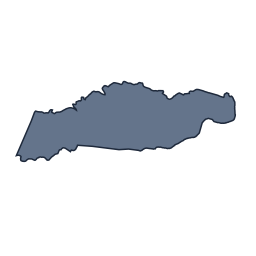 Santo Domingo, Heredia, Costa Rica, rotated 196°
{"feature_id": "36466004B42528660936066", "entity_name": "Santo Domingo", "entity_type": "district", "adm_level": 2, "iso_a3": "CRI", "parent_name": "Costa Rica", "parent_adm1": "Heredia", "projection": "orthographic", "projection_center": [-84.061, 9.988], "detail": "fine", "context": "isolated", "style": "filled", "palette": "slate", "viewbox_px": 256, "rotation_deg": 196, "n_neighbors": 0, "source": "geoboundaries", "source_scale": "gbopen_adm2", "svg_char_len": 5793}
<svg xmlns="http://www.w3.org/2000/svg" viewBox="0 0 256 256"><g transform="rotate(196 128 128)"><path d="M227.7,70.7L226.9,71.2L225.7,71.7L224.7,71.7L223.5,71.4L223.0,71.0L222.9,70.6L222.9,69.3L222.7,68.7L222.4,67.9L222.0,67.3L221.6,67.1L220.2,67.0L218.5,67.3L217.5,67.8L217.0,68.3L216.4,69.5L215.0,71.0L213.5,71.3L213.0,71.5L212.0,71.7L210.6,71.5L209.4,71.3L208.6,71.3L208.2,71.6L208.1,71.8L207.6,72.5L207.2,73.6L206.9,74.1L206.2,74.6L205.7,74.8L205.7,75.1L205.5,75.3L204.4,76.0L202.8,76.1L202.0,76.5L201.2,76.6L200.7,76.7L199.6,76.4L198.3,75.7L197.8,75.3L196.9,75.1L196.9,74.9L196.4,74.9L195.8,75.1L195.1,75.6L194.9,75.8L194.7,76.5L193.8,78.3L193.7,78.6L193.3,79.3L192.8,79.8L191.5,81.6L190.9,82.6L188.4,84.1L188.0,87.6L187.9,87.9L187.7,88.2L187.6,88.3L186.4,88.6L186.1,89.7L185.0,91.1L184.3,91.2L182.8,91.3L176.8,89.4L176.7,90.4L176.4,91.1L174.3,91.3L173.8,91.5L172.6,92.8L172.4,93.3L172.4,93.9L172.2,94.3L172.1,95.1L171.8,96.1L171.8,97.5L157.0,100.6L130.7,104.7L121.7,107.9L111.8,109.4L109.9,109.3L109.7,109.5L109.3,109.7L108.9,110.1L108.5,110.3L107.8,111.4L107.4,111.8L107.2,112.2L106.8,112.4L106.0,113.2L105.6,113.4L105.1,113.5L104.5,113.9L103.0,114.0L102.6,114.1L101.6,114.2L100.7,114.4L99.7,114.5L99.2,114.7L97.8,114.7L97.0,115.2L96.1,115.4L95.9,116.2L95.5,117.0L95.0,117.5L94.2,117.8L93.8,118.1L92.8,118.1L92.4,118.3L91.5,118.6L89.1,118.6L88.7,118.8L87.3,118.8L86.9,119.1L84.4,119.1L84.0,119.3L82.8,119.8L82.3,119.8L82.0,120.1L81.3,120.5L80.7,121.1L80.2,121.9L79.0,123.4L78.8,123.8L78.4,124.0L78.4,124.5L77.1,125.8L76.6,126.0L75.9,126.7L75.5,126.9L75.2,127.2L74.3,128.4L73.6,129.0L73.4,129.4L72.5,130.3L71.8,130.8L71.1,131.6L71.0,132.0L70.3,132.8L69.5,133.2L69.1,133.8L68.7,134.1L68.2,134.2L68.0,134.5L67.5,134.7L66.3,135.4L65.4,135.7L64.8,136.2L63.9,136.5L63.0,136.9L62.6,136.9L61.3,137.6L61.0,138.0L60.8,138.4L60.4,138.5L60.0,139.4L59.7,139.6L59.6,140.1L58.7,141.6L58.1,142.8L58.1,153.5L57.7,154.3L57.5,154.6L57.4,155.1L56.9,155.9L56.8,156.3L56.2,157.0L56.2,157.4L55.5,158.1L54.7,158.4L54.2,158.9L53.4,159.4L49.1,159.4L48.5,158.8L47.8,158.4L47.5,158.1L47.1,157.9L43.2,157.9L42.3,158.2L39.9,158.2L39.5,158.3L39.1,158.5L38.6,158.7L38.1,158.7L37.8,158.9L37.4,158.9L35.6,159.7L35.4,160.1L34.9,160.1L34.2,160.7L32.9,161.4L32.3,162.1L31.9,162.2L31.5,162.5L30.4,163.3L30.2,163.6L29.7,163.8L29.0,164.5L28.9,164.9L28.5,165.3L28.5,165.8L28.3,166.0L28.3,169.4L28.5,169.8L28.5,170.3L28.7,170.6L29.0,170.9L29.1,171.4L29.3,171.9L29.7,173.2L29.9,173.6L30.0,174.1L30.4,174.9L30.6,175.8L30.9,176.1L31.0,177.0L31.5,178.3L31.5,179.2L32.4,182.1L32.8,182.8L33.8,183.7L33.9,184.1L34.3,184.3L35.1,185.5L35.3,185.6L35.8,186.2L36.0,186.2L36.3,186.6L36.7,186.7L36.8,186.9L37.4,187.1L37.6,187.1L38.2,186.4L38.9,186.3L39.7,186.9L40.2,187.4L40.6,188.1L40.7,188.7L42.8,189.0L44.1,187.5L44.4,187.3L44.4,187.1L44.5,187.0L44.6,186.3L44.4,185.3L44.4,183.9L44.5,183.8L48.1,183.8L50.6,184.2L59.6,184.2L60.0,184.1L61.6,184.1L61.9,184.2L64.5,184.2L65.5,184.4L70.7,184.4L72.4,184.1L73.0,183.8L73.5,183.4L75.5,181.2L78.8,180.5L78.7,180.5L78.7,180.3L79.0,179.3L78.7,178.3L78.6,178.1L79.4,177.9L81.4,177.0L82.9,176.5L83.2,176.3L83.6,175.2L84.2,175.1L85.3,175.4L88.0,175.8L88.3,175.8L88.9,175.4L89.7,174.7L91.3,172.8L91.7,171.9L92.4,171.5L92.7,171.2L92.9,170.6L93.7,169.1L94.4,168.2L95.4,167.4L96.2,167.0L97.4,167.1L98.6,167.5L98.8,167.7L99.6,169.0L100.0,169.3L101.7,169.8L104.4,170.7L104.4,170.8L104.4,171.1L103.8,172.1L103.8,172.5L104.3,173.0L104.7,173.5L108.9,172.4L109.4,172.0L110.1,171.6L110.9,171.6L112.0,171.4L113.6,170.8L115.5,170.8L116.3,171.0L117.4,171.6L118.4,171.8L122.5,171.9L124.1,172.2L124.9,172.7L125.8,174.1L126.2,174.8L126.5,175.1L127.5,174.9L128.7,174.9L129.5,174.8L130.1,174.4L131.0,173.1L131.5,172.6L132.4,172.4L133.2,171.9L134.2,171.3L135.7,171.3L137.4,171.7L138.0,171.7L139.0,171.5L139.6,171.2L140.6,171.2L141.4,171.3L143.4,171.7L144.1,171.7L144.8,171.5L145.2,171.1L145.4,170.5L145.4,170.0L145.7,168.9L146.1,168.2L146.9,167.9L149.2,168.1L152.5,167.9L153.7,167.7L154.4,167.4L157.4,164.0L157.4,163.8L157.7,163.3L157.9,163.2L158.4,162.2L159.4,162.2L160.2,162.4L161.8,162.4L162.0,162.2L162.7,161.7L162.8,161.1L163.5,160.0L163.6,159.4L163.6,158.8L163.5,158.6L163.0,158.1L162.6,157.6L161.5,156.8L160.4,155.7L159.6,154.8L159.4,154.2L159.3,153.7L160.2,153.5L161.2,153.5L162.8,153.7L163.3,153.9L163.7,153.9L164.2,154.2L164.4,154.2L165.6,154.7L166.8,154.7L167.2,154.5L167.7,154.5L168.1,154.2L169.1,153.9L170.4,153.9L170.9,154.0L171.9,153.2L172.1,152.8L172.5,152.5L172.7,152.2L173.2,150.9L173.5,150.6L173.6,150.2L174.1,149.8L174.1,149.6L174.4,149.3L174.8,148.6L175.0,147.9L176.6,145.5L176.8,145.4L176.9,145.1L176.9,143.7L177.0,143.4L177.9,143.6L178.5,143.9L178.7,144.4L178.7,144.6L179.1,145.2L180.8,145.0L181.1,144.7L181.2,144.2L180.6,142.3L180.6,141.9L181.1,141.0L181.2,140.9L181.6,140.9L182.7,140.6L184.0,139.5L184.9,138.9L184.9,138.1L184.6,137.4L184.6,136.4L185.1,136.0L186.7,136.0L187.2,135.8L187.4,135.8L187.6,135.6L187.6,135.4L186.9,134.7L186.0,133.4L183.9,132.3L183.3,131.9L182.6,131.1L182.5,130.9L183.6,131.3L183.8,131.3L184.6,131.8L184.8,131.8L188.0,131.8L189.0,131.6L190.2,131.1L192.9,129.3L193.1,128.9L194.4,127.8L194.8,127.3L195.4,126.8L196.2,125.8L196.7,125.4L197.8,124.6L198.7,124.2L199.3,124.1L201.1,123.4L201.8,122.7L202.0,122.3L202.4,121.8L202.5,121.7L202.9,121.5L203.0,121.6L204.0,121.7L204.5,121.9L205.5,122.0L205.8,122.4L205.8,123.2L205.7,123.3L205.7,123.5L205.6,124.5L206.4,124.5L207.1,124.3L207.4,124.1L207.6,123.8L207.7,123.6L208.0,123.2L208.2,122.4L208.3,121.8L208.6,121.0L208.9,120.5L209.2,120.4L210.0,120.3L210.7,120.1L211.6,119.7L212.1,119.4L212.6,119.2L213.2,119.2L214.2,119.6L215.8,119.6L216.2,119.5L216.6,119.2L217.4,119.2L217.7,119.0L218.7,118.9L219.0,118.8L221.0,118.8L221.6,118.7L222.2,117.2L222.9,108.1L227.7,70.7Z" fill="#64748b" stroke="#1e293b" stroke-width="1.5"/></g></svg>